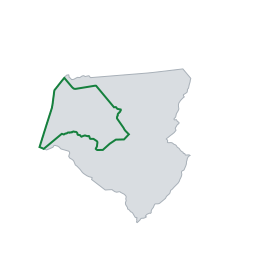 location of Tamanghasset within Algeria, rotated 140°
{"feature_id": "DZA-2189", "entity_name": "Tamanghasset", "entity_type": "Province", "adm_level": 1, "iso_a3": "DZA", "parent_name": "Algeria", "parent_adm1": "", "projection": "mercator", "projection_center": [6.568, 24.092], "detail": "fine", "context": "in_parent", "style": "outline", "palette": "green", "viewbox_px": 256, "rotation_deg": 140, "n_neighbors": 0, "source": "natural_earth", "source_scale": "10m", "svg_char_len": 6743}
<svg xmlns="http://www.w3.org/2000/svg" viewBox="0 0 256 256"><g transform="rotate(140 128 128)"><path d="M181.7,49.6L181.9,50.1L181.9,50.6L181.2,51.0L180.7,51.3L180.1,52.5L179.0,53.3L178.8,53.6L178.8,53.8L179.6,54.2L179.8,54.6L179.9,55.1L179.6,56.8L179.1,59.8L179.1,60.5L179.4,61.3L179.7,61.9L179.8,62.6L179.7,64.3L180.0,65.3L180.3,66.2L179.6,67.3L179.4,68.3L179.2,69.7L179.1,70.6L178.7,71.4L178.2,72.2L177.6,72.7L176.8,73.1L176.0,73.6L175.3,75.1L173.8,76.3L173.5,76.7L173.3,77.7L173.4,79.1L173.6,80.1L174.3,81.7L175.0,83.4L175.1,84.3L175.4,84.6L176.3,85.2L177.8,86.0L178.1,86.3L178.9,87.5L179.6,89.6L179.8,91.0L182.5,93.1L185.1,95.0L185.3,95.3L186.7,101.7L187.2,103.9L189.0,112.0L188.2,112.4L187.4,113.0L188.0,114.1L189.2,115.8L189.9,117.3L190.2,117.9L190.7,119.7L191.2,121.4L191.3,121.9L191.5,123.2L191.3,126.8L191.6,131.4L192.1,133.6L191.4,135.6L190.8,137.6L190.8,138.6L191.1,140.1L191.5,141.2L191.9,141.8L191.8,143.7L191.6,144.4L190.3,145.3L188.8,146.2L188.4,147.0L188.2,147.9L188.4,148.5L192.7,154.9L192.9,155.5L192.9,157.3L193.6,159.5L194.4,160.5L194.7,161.2L195.2,161.7L195.8,162.1L196.1,162.1L198.0,161.5L201.3,162.5L204.4,163.5L204.6,163.7L206.4,167.1L208.0,170.3L173.2,192.4L169.4,195.7L160.5,203.9L159.8,204.3L148.0,206.7L141.9,207.9L141.6,207.9L141.3,207.9L141.0,207.9L140.5,207.7L139.9,207.2L139.4,207.0L139.3,206.6L139.6,206.1L139.9,205.6L140.0,205.3L140.2,205.0L140.5,204.8L140.5,204.5L140.3,204.0L140.1,203.2L140.1,201.9L140.1,201.4L139.5,200.9L138.5,200.3L137.5,200.0L137.0,199.9L135.9,199.7L134.4,199.3L133.9,199.1L132.9,197.9L132.5,197.6L130.2,197.4L129.5,197.2L128.9,196.9L128.3,196.5L128.0,195.8L127.9,195.3L127.8,195.0L125.3,193.7L124.6,193.3L124.3,192.9L124.3,192.3L124.4,191.5L124.3,190.8L124.1,190.5L80.3,159.4L77.9,157.7L72.6,154.1L48.0,138.0L48.0,126.3L48.1,125.7L48.2,125.4L49.0,125.0L50.2,124.0L50.7,123.5L51.3,123.1L53.3,121.8L53.8,121.4L55.8,119.8L56.2,119.6L57.3,119.4L57.8,119.2L58.4,118.5L59.3,117.8L59.8,117.5L60.0,117.4L60.3,117.4L62.2,117.6L63.0,117.7L63.9,117.9L64.2,117.8L64.4,117.6L64.8,117.1L64.9,116.5L64.9,116.0L64.9,115.7L65.1,115.6L65.5,115.7L66.1,115.7L67.2,115.7L67.5,115.6L68.8,115.5L70.6,115.2L73.1,114.4L74.3,113.5L75.2,112.5L76.1,111.1L76.8,109.9L78.3,109.1L79.5,108.6L80.2,108.4L81.8,107.8L84.4,105.8L86.6,105.5L86.9,105.4L87.2,105.0L87.2,104.4L86.8,104.0L86.4,103.8L86.1,103.6L85.8,103.5L85.6,103.3L85.7,102.7L85.7,102.2L85.9,101.8L85.9,101.1L85.6,100.4L85.5,99.9L85.5,99.4L85.6,99.0L86.1,98.8L86.6,98.7L87.4,98.8L88.6,98.7L91.9,97.5L92.1,97.1L92.4,96.3L92.6,95.6L92.9,95.3L93.1,95.3L95.7,94.8L96.3,94.8L101.2,95.0L105.4,95.1L105.8,95.0L105.8,94.5L105.5,93.5L105.7,92.9L106.3,92.3L107.0,91.7L106.7,90.9L106.1,90.4L105.2,89.8L104.8,89.5L104.1,88.8L103.6,87.9L103.3,86.1L102.7,85.1L102.3,83.8L102.6,81.5L102.1,80.1L102.0,79.5L102.0,78.8L102.2,77.6L102.1,75.8L101.4,74.0L101.7,73.4L101.9,73.1L101.8,72.8L101.2,72.3L101.0,71.8L101.1,71.4L101.4,70.7L101.4,70.4L100.4,69.6L98.8,68.4L98.3,67.8L98.1,67.1L99.7,67.3L100.5,67.2L102.3,66.4L103.8,65.2L104.9,64.6L105.9,63.4L106.9,62.6L108.2,61.8L112.0,59.9L112.6,59.9L113.8,60.3L114.9,60.2L115.7,59.5L116.5,58.0L117.7,57.0L119.3,56.1L121.4,55.2L122.8,54.3L125.0,53.6L130.6,53.1L133.4,52.7L135.4,52.8L137.3,51.5L138.3,51.0L142.5,50.9L144.5,50.0L152.1,50.0L153.1,50.3L154.0,50.8L155.5,52.1L156.3,52.4L157.3,52.1L159.6,50.9L162.2,50.3L163.7,49.5L164.3,48.5L165.5,48.1L166.2,48.9L168.9,49.7L170.6,49.5L171.3,49.3L171.1,48.1L172.8,48.4L174.2,49.0L175.6,50.1L176.5,50.3L178.2,49.8L181.7,49.6Z" fill="#d9dde1" stroke="#a8b0b8" stroke-width="1"/><path d="M208.0,170.3L207.4,170.6L206.9,171.0L206.4,171.3L205.9,171.6L205.3,172.0L204.8,172.3L204.3,172.7L203.7,173.0L203.2,173.3L202.7,173.7L202.2,174.0L201.6,174.3L201.1,174.7L200.6,175.0L200.1,175.4L199.5,175.7L199.0,176.0L198.5,176.4L197.9,176.7L197.4,177.0L196.9,177.4L196.4,177.7L195.8,178.1L195.3,178.4L194.8,178.7L194.3,179.1L193.7,179.4L193.2,179.7L192.7,180.1L192.2,180.4L191.6,180.7L191.1,181.1L190.6,181.4L190.0,181.8L189.5,182.1L189.0,182.4L188.5,182.8L187.9,183.1L187.4,183.4L186.9,183.8L186.4,184.1L185.8,184.4L185.3,184.8L184.8,185.1L184.2,185.4L183.7,185.8L183.2,186.1L182.7,186.4L182.1,186.8L181.6,187.1L181.1,187.4L180.6,187.8L180.0,188.1L179.5,188.4L179.0,188.8L178.4,189.1L177.9,189.4L177.4,189.8L176.9,190.1L176.3,190.4L175.8,190.8L175.3,191.1L174.8,191.4L174.2,191.8L173.2,192.4L172.5,193.1L171.9,193.6L171.3,194.0L170.8,194.5L170.2,195.0L169.6,195.5L169.3,195.8L168.9,196.2L168.4,196.7L167.9,197.1L167.4,197.5L167.0,198.0L166.5,198.4L166.0,198.9L165.5,199.3L165.0,199.8L164.5,200.2L164.0,200.7L163.5,201.1L163.0,201.6L162.6,202.0L162.1,202.5L161.6,202.9L161.1,203.4L160.5,203.9L160.1,204.1L159.8,204.3L158.8,204.5L158.0,204.6L156.3,205.0L154.6,205.3L153.9,205.5L152.4,205.8L150.9,206.1L149.5,206.4L148.0,206.7L146.7,206.9L145.4,207.2L144.6,207.3L144.6,195.1L144.3,193.2L143.8,192.4L142.9,191.6L125.9,181.5L125.5,181.0L125.3,180.8L125.4,153.1L125.4,152.9L125.2,152.8L123.9,151.8L123.8,151.6L123.8,151.3L123.9,150.5L123.9,150.0L123.8,149.8L123.8,149.6L123.7,149.5L123.7,149.3L122.4,147.7L121.8,147.0L121.7,146.9L121.8,146.6L121.9,146.4L122.0,146.4L122.3,146.2L122.9,146.0L123.4,145.6L123.5,145.6L124.1,145.5L124.5,145.6L124.9,145.4L125.0,145.4L126.1,145.4L126.8,145.2L127.0,145.1L127.3,144.8L127.8,144.1L128.0,144.0L128.8,143.9L129.4,143.3L129.7,143.1L130.0,142.8L130.2,142.5L130.2,142.3L130.3,142.1L131.3,131.1L131.7,129.2L131.8,127.4L131.4,122.6L138.4,121.8L144.8,126.9L152.1,127.7L161.4,127.4L165.2,130.5L165.7,130.9L166.0,131.7L166.1,132.7L165.8,133.0L163.7,133.8L161.8,135.6L161.2,136.1L160.8,136.5L160.5,136.9L160.3,137.7L160.5,138.7L161.4,141.7L161.4,141.8L161.5,141.9L161.8,142.2L163.3,143.4L163.6,143.7L163.8,143.9L163.8,144.2L163.9,144.4L163.9,144.5L163.2,146.2L163.1,146.4L163.1,146.6L163.1,146.9L163.1,147.0L163.3,147.2L164.1,147.6L165.8,149.9L165.8,150.0L166.0,150.1L166.8,150.4L167.0,150.5L167.3,150.7L169.2,151.2L169.3,151.4L169.4,151.8L169.4,153.4L170.3,154.5L170.6,154.7L170.7,154.9L170.8,155.1L170.8,155.3L170.8,155.5L170.7,155.6L170.4,156.1L170.2,156.6L170.1,156.8L170.1,157.7L170.3,158.4L170.4,158.5L170.5,158.6L171.1,159.1L171.3,159.3L171.5,159.7L171.8,160.0L172.0,160.2L172.1,160.3L172.2,160.5L172.3,160.5L172.7,160.6L173.0,160.7L173.3,160.7L173.5,160.7L173.6,160.9L173.8,160.9L173.9,161.0L174.0,161.1L174.3,161.1L174.5,161.2L174.6,161.3L174.8,161.5L175.3,161.9L175.5,161.9L175.5,162.0L176.0,162.4L176.1,162.5L176.3,162.6L176.5,162.8L176.8,163.1L177.4,163.2L177.8,163.2L178.0,163.2L178.6,163.4L178.8,163.6L179.0,163.7L179.3,163.7L179.5,163.9L179.6,164.0L180.3,164.2L180.9,164.2L181.1,164.2L181.3,164.3L181.5,164.5L181.9,165.3L182.1,165.6L182.3,165.9L182.5,166.1L206.0,166.2L206.8,168.0L207.4,169.1L208.0,170.3Z" fill="none" stroke="#15803d" stroke-width="2"/></g></svg>